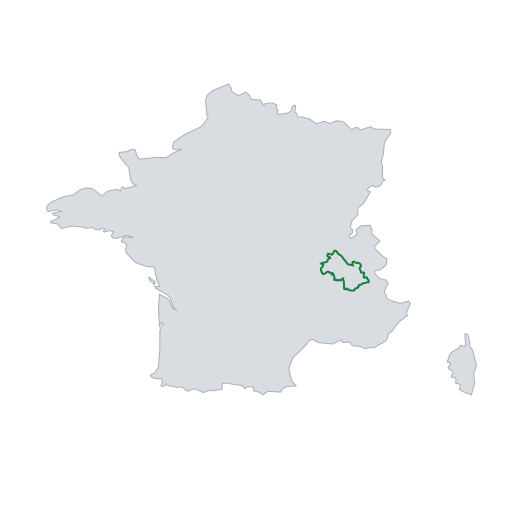 location of Isère within France, rotated 350°
{"feature_id": "FRA-5311", "entity_name": "Isère", "entity_type": "Metropolitan department", "adm_level": 1, "iso_a3": "FRA", "parent_name": "France", "parent_adm1": "", "projection": "equal_earth", "projection_center": [5.636, 45.294], "detail": "medium", "context": "in_parent", "style": "outline", "palette": "green", "viewbox_px": 512, "rotation_deg": 350, "n_neighbors": 0, "source": "natural_earth", "source_scale": "10m", "svg_char_len": 5600}
<svg xmlns="http://www.w3.org/2000/svg" viewBox="0 0 512 512"><g transform="rotate(350 256 256)"><path d="M396.5,203.3L393.2,204.9L391.2,208.1L389.1,208.9L385.2,208.9L383.4,206.9L378.8,208.2L376.9,210.3L379.7,212.8L370.6,223.3L364.8,226.1L363.5,233.0L356.6,238.2L354.1,243.6L353.9,244.7L355.6,246.5L354.9,250.0L351.4,252.4L351.4,254.6L352.4,255.0L357.7,253.1L359.8,251.0L358.7,248.1L364.1,244.6L373.7,245.5L374.9,250.2L373.7,254.1L380.7,262.8L374.7,266.8L374.3,269.4L380.6,278.1L384.5,281.7L382.5,287.5L375.9,291.3L371.7,291.0L369.9,292.0L370.1,293.8L373.0,299.1L380.2,302.5L381.3,306.6L379.3,308.0L376.0,314.1L377.5,317.1L377.0,318.4L377.7,320.5L379.6,322.5L389.6,327.7L398.5,326.8L399.7,329.8L394.3,337.8L394.6,341.4L391.8,341.4L391.4,342.7L385.8,345.4L376.9,353.5L372.7,355.9L371.1,360.0L368.6,362.4L355.7,367.0L353.3,366.0L347.0,366.1L343.1,363.1L335.6,361.3L333.1,357.0L326.1,356.2L325.7,353.3L315.9,355.9L302.1,352.0L297.2,347.8L293.2,348.9L289.6,352.6L274.6,362.6L268.6,372.9L269.5,384.9L272.9,390.9L263.7,390.0L258.3,391.7L256.8,394.3L244.0,391.3L239.2,393.8L237.9,393.6L236.2,391.1L230.0,388.2L231.0,386.2L230.1,384.4L224.2,383.0L222.1,384.7L219.9,381.2L203.4,375.7L200.7,375.8L199.5,381.3L188.8,381.1L187.2,380.2L180.3,381.3L173.1,376.2L164.9,377.2L160.1,372.0L155.2,371.6L148.4,368.9L145.3,367.5L145.0,366.0L142.9,368.3L140.3,367.8L139.8,367.1L141.6,364.2L142.0,360.8L133.5,358.4L131.4,355.9L131.4,354.6L136.0,353.5L140.4,348.9L144.9,332.1L148.5,312.3L150.7,308.6L153.4,307.6L151.4,304.9L148.7,308.4L150.9,290.4L154.4,276.9L161.4,282.4L162.9,284.8L164.8,292.9L168.7,296.2L166.2,293.0L164.0,282.3L162.5,279.3L151.5,270.4L151.2,268.3L156.1,269.4L154.3,262.8L153.7,248.9L146.9,247.5L136.2,241.6L129.1,231.0L128.5,227.1L130.6,222.9L129.0,220.3L125.9,218.5L128.5,214.9L130.8,214.6L138.5,216.6L132.3,213.2L121.8,214.4L117.7,213.2L117.1,210.7L120.1,207.6L116.7,205.6L110.7,206.0L110.0,205.2L111.9,202.9L110.4,202.1L105.5,203.0L102.8,202.2L100.3,199.7L92.5,199.1L90.9,197.6L80.2,194.6L68.9,195.1L66.0,190.0L59.3,187.5L60.8,185.9L67.8,184.4L69.2,182.9L64.3,180.8L62.7,178.7L71.9,178.2L67.9,176.0L58.9,176.1L57.9,173.1L59.3,169.9L64.6,167.1L77.7,164.1L87.1,164.0L93.9,160.4L100.5,159.4L106.6,161.2L114.7,170.1L121.6,166.2L131.6,166.3L133.5,168.5L136.4,164.5L138.5,166.8L150.8,166.0L148.0,164.4L145.9,160.7L146.0,146.9L140.2,136.9L138.8,133.3L139.3,130.2L146.6,130.8L152.7,129.4L155.5,130.3L156.0,136.7L158.3,140.4L175.0,141.6L184.7,143.6L192.9,140.0L200.6,138.3L201.2,137.5L196.8,137.8L192.9,136.3L192.4,134.6L194.7,129.6L206.5,124.0L223.6,119.4L228.0,116.3L233.2,110.7L232.1,109.3L233.3,94.1L235.9,89.1L242.4,85.5L258.9,81.9L260.8,86.7L260.6,89.4L264.9,93.7L267.1,95.0L274.3,92.7L277.6,96.7L278.6,101.1L287.2,103.0L289.7,108.8L291.3,107.6L296.7,107.8L299.2,108.3L302.7,110.9L301.6,114.4L303.1,116.1L301.6,119.3L302.7,120.7L312.6,120.7L315.6,119.2L317.0,116.0L320.1,114.1L321.2,114.7L319.2,120.7L320.6,122.3L321.3,126.6L325.1,127.0L332.4,130.4L338.6,136.2L346.2,135.2L352.3,138.4L358.5,136.8L364.4,138.5L366.4,140.2L372.0,148.3L376.2,146.7L379.2,147.6L380.2,150.0L391.4,148.6L393.5,150.9L395.8,151.8L410.1,154.8L410.3,157.9L402.2,166.6L398.7,179.0L396.3,183.4L395.5,186.6L396.2,188.8L395.8,192.2L394.1,200.4L395.2,202.8L396.5,203.3ZM451.6,377.0L450.9,382.4L453.0,386.4L454.1,402.1L449.9,409.8L449.3,419.0L444.1,430.1L435.7,425.1L433.1,422.4L435.3,418.2L430.5,415.9L431.6,411.9L431.0,409.8L427.6,409.6L427.4,408.5L429.8,405.4L429.8,403.4L426.5,401.0L425.8,398.8L428.9,396.4L427.5,394.2L425.8,393.6L429.9,386.5L432.7,384.3L439.2,382.3L441.8,379.6L446.1,381.1L446.9,380.4L448.1,369.1L449.5,368.9L450.9,370.4L451.6,377.0ZM152.2,263.5L151.1,266.7L147.0,261.2L146.6,258.3L152.2,263.5Z" fill="#d9dde1" stroke="#a8b0b8" stroke-width="1"/><path d="M325.7,284.7L324.9,284.7L324.4,283.9L324.0,283.8L323.4,283.9L320.9,285.3L319.0,285.5L318.7,284.9L318.2,284.5L318.0,284.0L318.0,283.3L317.5,281.7L317.6,280.1L318.3,279.1L320.3,277.6L320.7,276.3L319.8,275.5L318.8,274.8L319.3,274.5L324.7,274.1L325.3,273.7L325.9,272.3L327.2,271.2L328.0,270.9L328.6,270.9L328.7,270.4L328.4,270.0L326.7,269.1L326.3,268.6L326.3,268.1L327.1,266.8L327.2,266.3L328.1,266.5L329.7,267.2L330.5,267.7L331.0,267.8L331.5,267.7L332.0,267.3L333.7,264.8L334.6,264.4L335.1,264.6L336.3,265.7L336.6,266.1L336.4,266.2L336.9,267.5L337.7,268.6L339.6,270.2L340.1,270.8L341.1,272.5L341.7,274.0L345.0,279.9L345.4,280.3L349.8,282.0L349.7,281.3L349.9,279.0L350.3,278.6L350.8,278.5L351.3,278.6L351.8,278.7L353.5,280.2L355.8,280.5L357.0,281.7L357.5,282.6L357.7,283.5L357.6,284.3L357.2,284.7L356.3,285.4L356.0,286.1L355.9,286.8L356.6,289.2L356.6,290.4L356.8,290.6L357.0,290.7L358.6,290.8L359.5,291.1L359.7,291.7L359.1,292.4L359.0,292.6L358.5,295.0L358.5,295.6L358.7,296.0L359.2,296.2L360.8,296.0L361.4,296.3L361.5,296.5L361.6,297.6L361.7,297.9L362.5,298.9L362.6,299.2L362.7,299.5L362.5,301.1L362.3,301.4L362.1,301.5L360.6,301.1L358.9,301.5L358.1,301.5L357.2,301.6L356.2,301.4L354.5,302.5L353.9,302.5L353.2,302.3L352.9,302.4L351.6,303.2L351.4,303.5L351.6,304.0L351.5,304.4L351.1,304.8L350.0,305.1L348.3,305.2L348.0,305.4L347.0,306.7L345.9,306.9L342.6,306.3L342.3,306.1L341.6,305.3L340.8,304.8L340.1,304.0L339.6,303.8L339.6,304.6L337.6,304.0L337.1,303.5L337.1,302.9L337.8,299.1L337.8,297.7L338.1,296.4L337.8,295.5L337.5,294.9L337.5,294.2L337.9,293.3L337.1,293.4L335.2,294.6L334.1,294.5L333.8,294.0L332.9,294.2L332.1,294.0L331.6,294.1L331.1,293.9L330.8,293.1L329.6,293.1L329.2,293.3L329.0,292.6L329.6,290.8L329.2,288.8L329.1,287.6L328.8,286.9L327.7,287.3L327.9,286.0L326.7,285.9L326.3,285.6L325.7,284.7Z" fill="none" stroke="#15803d" stroke-width="2"/></g></svg>